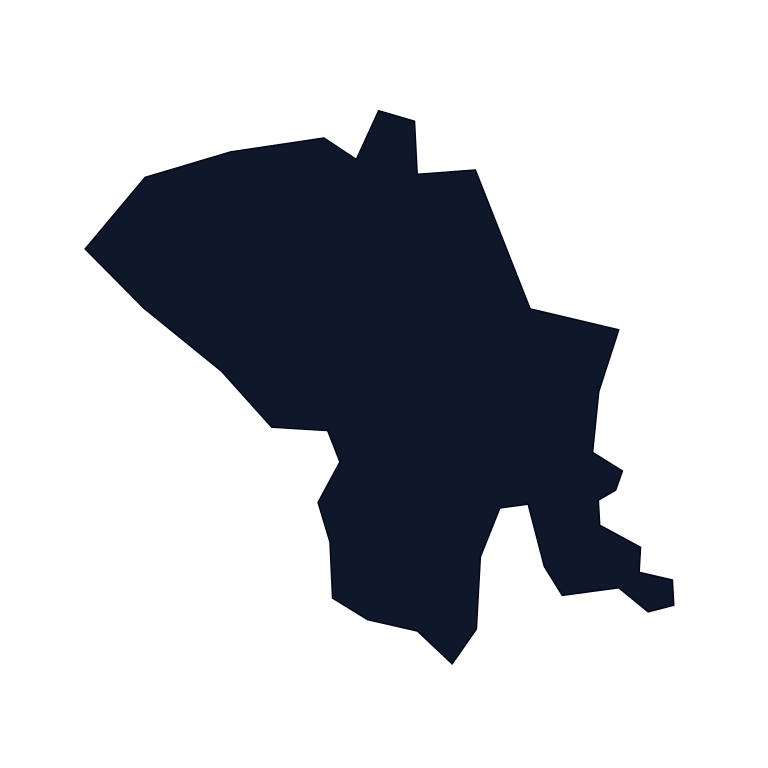 Yangibazar, Khorezm, Uzbekistan (Equal Earth projection), rotated 6°
{"feature_id": "79887680B22803301231900", "entity_name": "Yangibazar", "entity_type": "district", "adm_level": 2, "iso_a3": "UZB", "parent_name": "Uzbekistan", "parent_adm1": "Khorezm", "projection": "equal_earth", "projection_center": [60.467, 41.675], "detail": "fine", "context": "isolated", "style": "filled", "palette": "ink", "viewbox_px": 768, "rotation_deg": 6, "n_neighbors": 0, "source": "geoboundaries", "source_scale": "gbopen_adm2", "svg_char_len": 660}
<svg xmlns="http://www.w3.org/2000/svg" viewBox="0 0 768 768"><g transform="rotate(6 384 384)"><path d="M355.2,602.3L392.4,620.1L443.1,626.2L481.0,655.2L501.5,618.1L497.9,545.9L512.2,495.2L539.9,488.4L562.5,548.7L583.4,575.6L638.7,562.1L670.5,583.0L695.3,573.7L691.3,548.8L657.4,544.6L656.2,519.6L613.3,501.9L609.3,477.1L625.5,465.3L630.2,445.6L598.6,430.2L598.4,369.0L611.8,305.6L521.5,294.0L452.5,161.6L395.1,172.0L386.9,119.5L350.1,112.8L333.0,163.6L298.5,145.6L207.2,169.2L124.8,203.5L72.7,280.9L137.1,333.6L221.1,388.3L276.9,438.7L332.8,436.2L348.3,466.1L330.8,508.7L346.8,546.9L355.2,602.3Z" fill="#0f172a" stroke="#020617" stroke-width="1.5"/></g></svg>